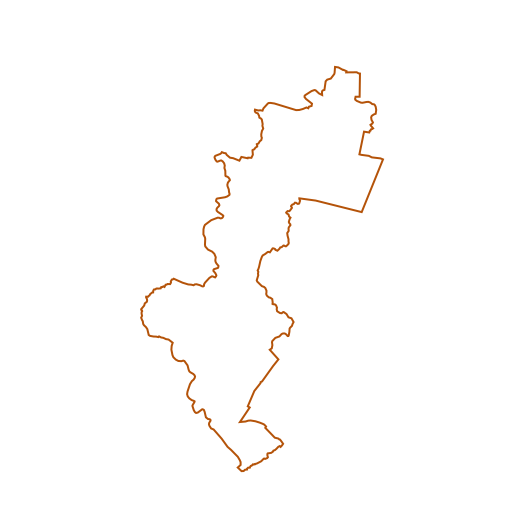 outline of Si Nakhon, Sukhothai, Thailand, rotated 200°
{"feature_id": "78962969B98677957537558", "entity_name": "Si Nakhon", "entity_type": "district", "adm_level": 2, "iso_a3": "THA", "parent_name": "Thailand", "parent_adm1": "Sukhothai", "projection": "mercator", "projection_center": [99.969, 17.386], "detail": "fine", "context": "isolated", "style": "outline", "palette": "amber", "viewbox_px": 512, "rotation_deg": 200, "n_neighbors": 0, "source": "geoboundaries", "source_scale": "gbopen_adm2", "svg_char_len": 6087}
<svg xmlns="http://www.w3.org/2000/svg" viewBox="0 0 512 512"><g transform="rotate(200 256 256)"><path d="M331.1,198.1L331.4,195.6L332.7,195.8L333.3,194.8L334.4,194.4L334.5,193.0L337.0,191.8L337.9,191.7L338.7,191.1L339.1,190.2L340.4,189.7L340.7,188.4L340.2,186.6L341.0,186.3L342.4,184.0L342.6,182.5L343.3,181.6L343.5,180.8L345.3,180.2L345.1,179.5L343.8,178.3L343.1,177.0L342.9,175.7L344.3,173.4L344.1,171.2L345.7,166.8L345.5,166.2L344.5,165.8L344.1,165.3L344.3,164.2L343.8,162.7L342.6,160.8L342.8,158.7L341.0,156.7L340.1,156.0L338.8,153.6L337.7,152.7L335.0,151.5L333.1,150.1L329.8,145.1L328.2,144.7L324.7,145.3L322.2,146.1L320.0,146.4L319.6,147.3L317.3,147.0L315.1,147.4L312.2,147.1L309.6,147.6L304.6,146.0L304.5,142.7L303.5,139.1L300.6,134.3L299.0,132.6L295.9,131.2L293.1,130.8L290.2,131.6L288.6,132.8L287.3,132.8L282.9,129.8L280.4,126.1L279.2,124.8L278.0,124.3L274.6,123.7L273.1,123.0L272.1,122.0L271.9,120.5L272.3,118.6L273.5,116.4L274.2,113.0L274.0,105.3L273.5,102.6L272.1,100.7L270.0,99.4L267.1,98.6L264.8,98.6L264.0,98.4L263.9,97.8L264.5,94.4L264.5,93.4L261.7,89.8L260.0,88.4L258.6,88.0L257.1,89.0L254.1,93.6L253.2,93.7L252.3,93.5L250.9,91.9L247.9,87.3L245.4,86.4L243.6,86.8L242.6,86.3L242.4,85.6L242.9,83.2L242.7,81.9L241.8,80.6L239.2,78.6L236.5,78.5L225.8,72.6L217.4,66.9L213.2,65.3L204.4,61.1L201.4,58.6L200.0,57.1L199.0,54.4L200.8,51.0L196.0,48.9L194.1,49.7L193.2,51.4L191.4,52.3L191.7,53.0L191.0,54.4L189.4,55.0L189.4,56.1L189.1,57.0L188.4,57.4L187.6,59.2L186.7,59.2L186.2,60.0L185.6,60.0L185.0,60.8L184.3,61.2L180.9,64.9L179.4,68.2L179.0,68.5L178.1,68.4L176.4,69.9L176.0,71.0L177.2,72.7L177.6,73.9L177.5,74.5L174.4,76.2L173.2,77.9L173.1,79.0L171.8,80.1L170.8,81.9L169.8,84.3L168.7,85.5L167.6,85.0L166.8,86.8L166.3,88.8L168.9,90.6L170.6,91.7L171.4,91.6L172.5,92.1L176.2,91.7L188.5,97.7L188.2,99.2L190.6,100.4L192.1,100.6L195.5,100.7L200.0,100.5L204.8,99.6L207.0,98.6L209.2,96.9L214.3,94.5L210.1,111.5L212.3,111.9L211.4,128.6L208.3,138.0L208.5,139.1L207.4,140.2L202.3,158.5L199.6,166.5L211.0,172.6L209.6,174.6L210.1,177.8L211.5,180.5L211.6,181.6L209.8,185.7L206.5,188.4L205.3,191.3L204.5,192.2L203.1,192.9L202.2,193.0L200.9,192.7L198.9,191.6L198.2,191.9L198.1,192.6L198.7,196.2L199.6,199.3L199.4,200.3L198.3,202.7L198.4,204.5L198.1,206.8L201.4,209.6L204.5,209.5L207.5,211.9L210.8,212.8L211.3,212.6L212.3,211.0L213.9,210.6L217.2,211.3L218.4,213.1L218.6,214.6L220.3,216.5L221.8,217.0L223.5,216.5L224.1,216.6L224.4,218.0L226.0,221.1L228.3,221.7L229.7,221.5L231.9,222.3L233.0,223.2L233.5,224.0L233.6,224.9L234.3,227.0L236.3,229.1L237.9,229.7L240.2,229.7L246.1,232.4L247.0,233.4L247.3,238.8L248.1,240.0L248.4,241.9L249.5,243.0L249.3,244.6L249.4,246.8L250.2,252.8L250.2,257.1L249.9,258.8L248.0,261.1L246.4,263.7L245.8,264.1L244.2,264.2L243.0,268.8L242.0,269.2L240.3,269.0L239.8,268.4L237.7,268.3L236.5,270.7L236.1,272.4L234.9,273.1L233.8,275.2L233.3,275.4L231.9,275.2L231.2,275.3L230.3,276.8L229.6,278.6L229.7,279.5L230.4,280.7L231.2,282.9L233.3,285.9L234.5,288.2L233.9,290.8L234.8,292.9L235.0,294.1L234.2,296.8L234.7,297.6L235.9,298.2L236.8,299.2L237.0,302.0L236.7,303.8L238.4,304.4L239.6,306.1L241.9,306.6L242.5,307.2L241.7,309.0L240.2,309.4L239.7,310.1L238.7,313.4L238.9,313.9L240.0,314.6L240.1,315.3L239.4,316.8L238.2,317.7L237.7,319.4L236.6,319.7L234.7,319.2L233.7,319.7L233.4,320.1L233.5,323.0L234.8,324.4L235.0,325.0L218.9,328.5L171.7,333.4L169.7,390.2L172.4,390.3L180.9,388.3L184.2,388.7L191.5,387.1L193.6,386.9L197.0,409.8L191.8,410.8L191.9,412.6L191.3,412.9L191.2,414.4L190.3,415.0L189.6,416.0L192.7,417.8L193.3,418.4L192.0,420.2L191.8,421.5L194.0,423.4L195.2,425.6L195.2,426.9L195.0,427.5L193.8,429.2L192.2,430.6L193.0,434.4L194.6,437.2L196.0,438.5L197.0,438.9L198.7,438.5L201.0,439.3L203.1,439.3L204.9,438.5L208.3,436.4L209.8,436.0L214.3,436.2L216.1,436.8L216.6,437.5L216.9,439.7L213.1,441.1L220.7,463.0L222.0,462.7L224.2,463.1L234.0,459.4L234.1,460.6L236.6,460.8L237.9,460.8L238.0,460.6L243.0,461.4L246.4,460.7L244.8,455.0L244.7,453.7L246.4,448.3L249.4,446.1L250.3,444.0L248.5,435.5L249.8,434.5L250.2,433.6L250.1,432.6L248.9,429.9L252.4,430.3L256.7,432.1L257.9,431.9L260.2,430.0L264.6,424.2L265.1,423.3L264.8,422.0L262.8,420.7L255.5,418.3L255.1,416.0L257.3,414.4L257.4,412.7L259.4,412.8L262.2,410.2L265.3,408.0L268.2,406.8L290.9,405.6L294.8,404.8L296.4,404.1L297.0,403.4L299.5,397.3L299.6,394.8L301.8,394.4L303.7,393.5L307.0,393.2L306.8,392.0L306.2,391.2L305.3,390.7L303.0,390.6L301.0,388.7L300.2,387.2L298.1,386.8L297.2,386.2L294.9,382.3L294.5,380.5L292.8,378.2L293.2,375.6L292.7,372.2L291.9,370.2L290.9,369.0L290.7,366.7L291.7,365.1L292.2,362.5L293.5,361.4L293.3,360.9L292.4,359.8L292.3,359.3L293.6,357.6L294.1,355.7L295.1,354.8L295.5,354.2L293.6,350.1L293.9,346.7L297.1,345.7L297.2,345.0L303.6,344.1L304.2,339.9L310.9,340.1L314.1,339.5L318.1,341.0L319.6,342.2L321.4,341.8L323.6,341.9L323.8,340.8L324.5,339.7L328.5,336.2L328.8,335.1L328.6,334.3L327.2,332.7L325.3,331.4L324.4,331.5L322.0,333.6L321.2,333.9L319.6,333.5L317.6,332.2L316.3,330.3L315.8,327.9L314.0,325.6L312.2,321.0L311.8,320.7L310.0,320.7L308.8,320.4L307.1,319.2L306.5,318.4L307.5,315.4L307.3,313.1L306.6,311.8L304.4,309.3L303.1,306.7L302.0,305.2L301.9,304.3L303.4,302.1L305.2,300.6L312.2,296.7L312.6,295.9L312.5,294.5L312.3,293.9L311.7,293.6L308.8,292.5L307.8,291.3L307.9,290.1L308.8,288.3L309.1,287.1L309.0,286.2L308.5,285.2L307.0,284.4L301.2,283.0L300.4,282.5L300.4,281.4L300.7,280.4L301.3,279.7L302.3,279.2L303.9,279.3L305.1,278.9L310.3,274.4L314.6,267.8L314.8,265.9L314.5,263.2L312.8,258.3L310.4,256.1L309.6,254.8L307.8,249.1L306.9,247.6L303.3,245.6L298.7,245.1L295.9,243.8L293.4,241.1L292.8,238.2L292.1,236.8L290.7,235.5L287.9,233.9L287.6,232.8L287.7,231.8L291.0,229.2L291.2,228.3L290.9,227.4L288.4,226.0L287.0,224.7L286.6,224.2L286.6,223.3L287.1,221.9L289.7,222.0L290.6,221.7L292.3,219.5L294.8,213.5L295.1,211.7L294.7,210.1L295.3,209.3L296.1,209.1L298.7,209.4L302.3,209.1L303.9,208.3L304.6,207.2L307.1,206.9L309.9,206.1L315.9,205.8L325.6,206.5L326.1,205.6L327.0,205.1L327.4,203.0L326.8,201.9L327.1,200.2L329.6,199.4L330.2,198.5L331.1,198.1Z" fill="none" stroke="#b45309" stroke-width="2"/></g></svg>